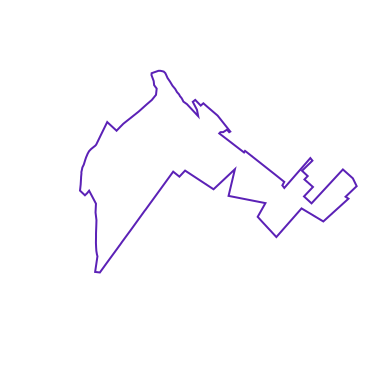 Guadalupe Etla, Oaxaca, Mexico, rotated 46°
{"feature_id": "50627088B16387311054674", "entity_name": "Guadalupe Etla", "entity_type": "district", "adm_level": 2, "iso_a3": "MEX", "parent_name": "Mexico", "parent_adm1": "Oaxaca", "projection": "equal_earth", "projection_center": [-96.805, 17.176], "detail": "fine", "context": "isolated", "style": "outline", "palette": "violet", "viewbox_px": 384, "rotation_deg": 46, "n_neighbors": 0, "source": "geoboundaries", "source_scale": "gbopen_adm2", "svg_char_len": 1871}
<svg xmlns="http://www.w3.org/2000/svg" viewBox="0 0 384 384"><g transform="rotate(46 192 192)"><path d="M283.0,162.6L279.9,124.6L304.4,118.0L305.5,84.1L302.1,84.8L302.2,69.5L293.9,66.8L280.6,67.8L283.2,113.9L273.0,114.5L272.4,101.5L261.1,102.4L260.9,97.7L253.2,98.1L253.1,83.6L249.8,83.3L253.2,122.8L250.0,122.4L248.8,118.6L237.2,120.1L201.1,125.0L199.3,125.3L199.7,127.1L168.8,131.7L168.7,130.0L170.6,128.0L171.5,123.5L174.8,123.7L175.1,122.5L154.8,120.5L141.2,121.8L136.1,122.2L135.9,125.7L128.0,125.7L127.7,128.8L136.3,131.3L141.8,134.9L125.3,134.6L121.0,135.4L118.5,134.6L116.8,134.2L114.8,134.1L112.8,133.5L109.7,133.4L106.2,132.5L102.0,132.2L97.2,131.1L93.0,130.4L89.7,129.2L87.9,128.6L85.7,128.7L84.1,129.7L82.8,130.6L81.5,132.0L79.7,135.9L78.5,138.5L79.7,139.9L85.6,142.5L88.8,145.0L93.1,145.6L97.1,150.4L97.9,157.0L97.5,163.8L97.1,174.5L95.3,192.9L95.2,193.9L95.3,198.0L95.5,203.7L94.9,203.7L93.5,203.8L83.2,204.4L82.8,204.4L87.5,217.4L91.3,227.8L91.4,228.2L91.5,229.5L91.3,231.4L91.1,233.6L91.0,235.0L91.1,236.6L91.1,237.3L91.2,238.0L91.6,239.2L91.9,240.3L92.2,241.0L93.3,243.6L93.6,244.3L94.8,246.6L96.9,250.4L97.2,251.0L97.9,253.0L98.2,253.8L98.6,254.4L99.5,255.7L99.9,256.3L100.8,257.7L101.1,258.0L101.9,258.7L104.2,261.4L105.1,262.3L105.7,263.0L107.0,264.4L109.3,266.9L113.2,271.6L120.0,271.3L120.0,269.1L120.0,268.4L119.9,267.4L119.6,265.1L133.7,269.2L139.7,275.6L145.9,280.3L150.0,284.5L152.3,286.9L155.1,289.8L157.9,292.5L161.8,296.4L165.3,299.5L167.9,301.7L170.8,303.7L172.6,304.7L175.5,308.5L182.2,317.2L184.9,315.0L185.9,314.2L185.1,309.7L184.0,303.6L180.4,282.8L180.2,281.9L180.1,281.0L179.3,276.9L176.4,260.0L175.4,254.5L172.6,238.9L172.5,237.9L170.9,228.9L170.6,227.1L164.3,191.4L172.2,190.4L171.8,182.1L205.0,174.6L205.4,145.3L220.2,168.4L251.0,146.9L255.5,162.0L262.4,162.2L283.0,162.6Z" fill="none" stroke="#5b21b6" stroke-width="2"/></g></svg>